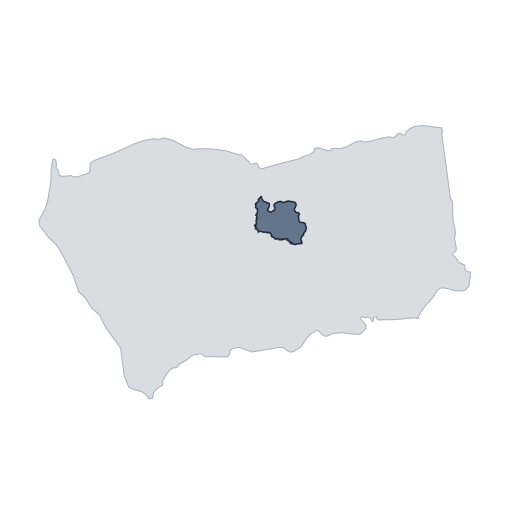 Kintampo North Municipal, Brong Ahafo, Ghana (highlighted), rotated 83°
{"feature_id": "2480657B78031413348906", "entity_name": "Kintampo North Municipal", "entity_type": "district", "adm_level": 2, "iso_a3": "GHA", "parent_name": "Ghana", "parent_adm1": "Brong Ahafo", "projection": "robinson", "projection_center": [-1.417, 8.387], "detail": "fine", "context": "in_parent", "style": "filled", "palette": "slate", "viewbox_px": 512, "rotation_deg": 83, "n_neighbors": 0, "source": "geoboundaries", "source_scale": "gbopen_adm2", "svg_char_len": 7589}
<svg xmlns="http://www.w3.org/2000/svg" viewBox="0 0 512 512"><g transform="rotate(83 256 256)"><path d="M311.5,48.2L315.2,52.2L316.0,54.5L314.7,63.0L312.0,69.0L310.3,74.6L310.5,77.4L312.1,80.2L317.8,84.6L320.7,87.5L324.1,91.8L328.0,96.0L334.8,101.5L337.6,102.5L337.5,104.1L336.6,106.2L336.0,126.7L335.5,132.0L335.0,134.7L334.4,142.4L333.6,143.5L332.4,143.4L331.2,143.7L330.9,145.2L331.4,146.8L335.4,147.9L334.6,149.0L331.6,150.1L330.2,152.4L330.8,155.0L329.1,157.2L329.6,158.6L330.7,159.6L332.4,159.3L337.1,155.7L339.1,155.3L341.5,156.1L346.1,161.5L346.3,164.1L344.4,173.1L342.6,180.1L342.3,189.4L344.2,194.7L344.0,197.5L341.9,200.0L337.2,203.6L337.6,206.1L339.7,210.6L343.7,215.7L351.4,222.0L355.5,230.3L355.6,233.6L353.2,237.0L350.4,239.9L349.5,244.1L350.8,271.6L344.7,283.6L344.7,287.0L345.3,290.9L346.9,293.3L350.0,294.0L352.6,296.3L351.7,304.7L350.3,313.2L350.1,317.4L349.4,319.3L347.0,321.0L346.1,323.6L346.7,327.0L346.3,329.4L347.6,332.6L350.3,336.6L354.8,346.5L356.5,347.3L357.3,349.3L356.8,351.3L358.6,355.7L363.5,360.1L368.8,363.9L373.0,364.4L374.0,367.8L376.8,372.2L378.8,374.1L382.0,375.3L384.6,376.0L384.8,379.7L380.0,382.2L376.8,386.0L374.4,391.7L371.0,398.1L359.3,401.4L354.8,401.4L330.9,401.6L308.4,414.0L295.5,418.5L287.6,425.5L276.9,430.5L269.4,436.5L253.9,439.5L228.5,449.0L220.5,452.8L212.5,459.4L199.4,467.2L194.2,467.1L184.0,459.8L176.3,456.2L157.4,450.6L143.3,448.4L136.5,446.1L134.7,445.6L136.3,443.0L140.2,442.9L144.3,443.7L147.4,441.7L152.0,441.4L153.2,439.3L153.6,434.1L153.6,429.9L155.2,428.0L155.6,423.0L153.3,411.9L151.7,410.7L143.5,409.1L142.9,406.9L141.4,404.6L139.9,398.9L138.1,390.4L135.2,379.9L129.7,362.6L128.4,356.5L127.4,350.2L127.2,342.8L128.4,340.0L128.2,336.2L127.7,332.3L131.6,323.5L139.2,312.7L140.8,308.8L142.3,306.1L142.5,302.2L143.8,289.6L147.5,274.4L149.8,268.7L151.3,265.6L153.2,260.5L153.7,258.2L160.7,252.2L163.9,250.6L164.7,248.2L163.6,245.7L164.0,243.9L165.7,243.1L168.3,242.4L170.2,239.9L167.2,221.2L164.9,202.5L164.7,200.9L163.3,198.3L161.9,190.6L159.5,186.1L156.2,184.8L156.2,180.5L159.6,173.3L160.5,169.1L158.9,167.8L158.6,164.6L159.8,159.3L159.2,156.0L158.6,152.5L155.2,144.3L154.3,138.5L156.1,135.2L156.1,127.7L154.2,116.3L153.9,109.1L155.2,106.1L154.6,103.2L152.1,100.5L151.9,97.9L154.0,95.3L153.7,93.3L151.1,91.8L148.7,88.3L146.6,82.7L147.0,73.8L151.1,57.3L151.6,56.0L156.1,56.0L156.1,56.7L170.1,56.6L186.2,56.4L205.4,56.2L222.8,56.0L223.6,55.3L226.5,54.4L244.1,56.0L255.1,55.2L259.8,55.7L263.2,56.9L270.8,56.2L274.8,56.6L277.9,60.7L279.1,60.6L280.8,58.9L283.9,56.9L287.0,55.3L289.2,52.1L290.5,49.7L292.5,50.2L295.4,50.0L297.4,48.0L298.1,44.8L311.5,48.2Z" fill="#d9dde1" stroke="#a8b0b8" stroke-width="1"/><path d="M229.0,253.3L229.1,252.5L229.1,252.4L229.1,252.1L229.1,251.9L229.4,251.7L229.5,251.6L230.1,251.6L231.0,251.1L231.5,250.9L232.4,250.8L232.2,250.6L232.1,250.3L232.1,248.2L232.2,247.9L233.4,245.4L233.3,244.2L233.5,243.2L233.7,242.9L233.9,242.6L234.0,242.6L234.1,242.3L234.2,242.2L234.3,241.9L234.4,241.3L234.1,240.5L234.1,240.0L234.3,239.8L234.7,239.6L234.9,239.5L234.8,239.4L236.1,238.3L236.3,238.3L236.7,238.1L237.5,238.1L238.1,238.3L238.4,238.3L238.7,238.0L238.9,237.4L239.2,237.0L239.7,236.5L240.3,235.4L240.6,235.4L240.8,235.3L241.7,234.5L241.5,234.3L241.6,234.2L241.5,233.9L241.5,233.7L241.5,233.4L241.4,233.4L241.5,233.2L241.6,232.9L241.6,232.7L241.5,232.4L241.6,232.2L241.7,231.9L241.7,231.6L241.9,231.4L242.1,231.4L242.2,231.2L242.3,231.0L242.3,230.9L242.4,230.6L242.5,230.4L242.6,230.5L242.6,230.4L242.7,230.0L242.5,229.8L242.5,229.6L242.4,229.4L242.5,229.3L242.5,229.1L242.8,229.1L242.8,228.9L242.9,228.7L242.9,228.3L242.8,228.2L242.7,228.0L242.8,228.0L242.6,227.8L242.7,227.7L242.6,227.4L242.7,227.1L242.6,226.9L242.5,227.0L242.6,226.9L242.6,226.7L242.6,226.8L242.6,226.6L242.6,226.4L242.6,226.2L242.8,226.2L242.7,225.9L242.8,225.8L242.9,225.7L242.7,225.5L242.6,225.4L242.4,225.4L242.4,225.2L242.4,224.7L242.5,224.4L242.6,224.1L242.6,223.7L242.8,223.5L242.9,223.4L243.1,223.3L243.1,223.2L243.2,223.3L243.4,223.1L243.4,222.9L243.5,222.9L243.4,222.8L243.4,222.7L243.5,222.7L243.8,222.6L244.1,222.6L244.1,222.3L244.3,222.2L244.5,222.2L244.5,222.3L244.6,222.2L244.8,221.9L244.8,221.4L245.1,221.2L245.1,221.3L245.3,221.2L245.5,221.1L245.8,221.0L246.0,221.0L246.3,221.1L246.4,220.9L246.4,220.7L246.5,220.6L246.4,220.3L246.4,220.2L246.2,220.0L246.2,219.9L246.4,219.9L246.5,220.0L246.6,219.9L246.7,220.0L247.0,220.0L247.0,219.9L247.1,219.7L247.5,219.6L247.5,219.9L247.5,220.1L247.8,220.2L247.9,219.9L248.0,219.9L248.1,219.7L248.0,219.4L248.0,219.2L247.9,219.0L247.6,218.8L247.7,218.6L247.6,218.4L247.8,218.4L248.0,218.3L248.0,218.2L248.2,218.3L248.3,218.2L248.6,217.9L248.7,217.7L249.1,216.8L249.3,216.0L249.4,215.7L249.1,214.7L249.1,214.0L249.1,213.3L249.1,212.9L249.1,212.4L248.9,211.9L249.0,211.5L249.2,211.1L249.0,210.4L249.2,209.0L248.3,208.9L247.5,208.9L247.2,208.9L246.8,208.9L246.5,209.1L246.4,209.3L246.1,209.5L245.4,209.6L244.6,209.3L244.3,209.2L243.6,208.8L243.1,208.6L242.2,208.1L241.7,207.3L241.3,206.8L240.9,206.2L240.7,206.1L240.0,206.2L239.6,206.1L238.9,205.5L238.5,205.0L237.8,204.6L237.5,204.2L237.2,203.8L236.9,203.6L236.3,203.4L235.7,203.1L234.8,202.9L234.3,202.7L234.0,202.6L233.7,202.6L233.2,202.7L232.5,203.0L231.5,203.2L230.5,203.2L230.0,203.2L229.5,203.6L229.3,203.8L229.1,204.1L228.9,204.3L228.6,205.0L228.3,206.8L228.2,207.0L228.0,207.9L227.9,208.1L227.6,208.4L226.7,208.8L225.5,209.1L224.3,209.0L223.7,209.1L223.4,209.0L222.1,209.0L221.7,209.0L221.0,208.8L220.5,208.4L220.1,208.0L219.6,207.8L219.4,207.8L218.4,208.4L218.2,208.6L218.0,208.9L217.9,209.3L218.0,209.9L217.9,210.4L217.8,210.8L217.4,211.2L217.1,211.4L216.5,211.6L216.4,211.7L216.0,211.9L215.0,212.4L214.4,212.3L213.8,212.1L213.3,211.8L212.9,211.4L212.7,211.2L211.8,210.7L210.4,210.0L210.2,210.0L209.6,210.1L209.2,210.0L208.8,210.1L208.5,210.2L207.6,210.9L207.2,211.4L207.0,211.8L206.9,212.4L206.5,213.3L206.0,215.1L205.8,216.1L205.8,217.0L205.5,217.2L205.6,217.3L205.6,217.6L205.6,217.8L205.4,218.0L205.5,218.2L205.6,219.1L206.3,222.0L206.1,223.0L205.7,223.7L205.1,224.1L204.8,224.8L204.8,225.2L204.8,226.1L204.9,226.8L204.9,227.4L205.2,228.2L206.3,230.8L207.0,231.6L207.3,231.8L207.9,231.9L208.5,232.0L208.9,231.8L209.4,231.7L210.2,231.3L210.5,231.3L211.0,231.3L211.5,231.4L211.7,231.5L212.2,232.0L212.9,232.4L213.0,232.5L213.1,233.2L213.5,234.2L214.2,235.3L214.3,235.8L214.2,236.4L213.7,237.3L213.3,237.6L212.7,238.4L212.0,238.8L211.2,238.8L210.9,238.6L210.4,238.1L209.0,237.2L208.5,236.9L207.2,236.6L205.9,236.4L205.6,236.4L204.9,237.4L204.6,238.5L204.0,239.4L203.6,239.6L203.4,240.0L203.4,240.4L203.0,241.2L202.7,241.6L202.5,241.8L201.9,242.4L201.8,242.5L201.5,242.6L200.7,242.7L200.0,243.2L199.2,243.4L198.8,243.4L198.2,243.4L197.8,243.4L197.8,243.5L197.8,243.9L197.9,244.2L200.3,246.8L200.7,246.4L201.4,246.5L201.7,247.0L202.1,247.2L202.2,247.4L202.4,247.7L202.6,248.1L202.9,248.3L203.4,248.8L203.6,249.1L203.8,249.7L204.1,249.5L204.6,249.5L204.9,249.8L204.8,250.1L205.5,250.2L206.4,250.1L206.9,250.2L207.0,250.2L207.4,250.4L208.0,250.4L208.6,249.8L209.0,249.5L209.4,248.9L209.6,248.7L214.3,249.7L214.3,250.1L214.5,250.6L215.0,250.9L215.6,251.2L215.8,250.8L216.1,250.4L216.2,250.5L216.9,250.3L217.5,250.4L217.8,250.6L218.5,250.6L218.4,250.9L218.6,251.0L218.8,251.0L219.1,250.8L219.2,250.5L220.1,250.9L220.2,251.1L220.5,251.2L220.7,251.6L224.3,251.6L224.6,252.5L224.8,252.5L225.0,252.7L224.9,253.1L225.2,253.2L225.8,253.7L226.1,253.5L226.0,253.3L226.2,253.0L226.2,252.9L226.4,252.7L226.4,252.8L226.5,252.7L227.3,252.8L227.5,252.7L227.9,253.0L229.0,253.3Z" fill="#64748b" stroke="#1e293b" stroke-width="1.5"/></g></svg>